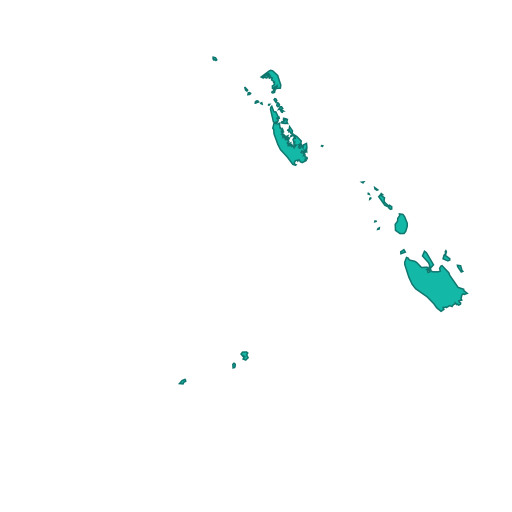 Sumenep, Jawa Timur, Indonesia, rotated 227°
{"feature_id": "22746128B46307112426649", "entity_name": "Sumenep", "entity_type": "district", "adm_level": 2, "iso_a3": "IDN", "parent_name": "Indonesia", "parent_adm1": "Jawa Timur", "projection": "albers", "projection_center": [115.069, -6.151], "detail": "fine", "context": "isolated", "style": "filled", "palette": "teal", "viewbox_px": 512, "rotation_deg": 227, "n_neighbors": 0, "source": "geoboundaries", "source_scale": "gbopen_adm2", "svg_char_len": 6174}
<svg xmlns="http://www.w3.org/2000/svg" viewBox="0 0 512 512"><g transform="rotate(227 256 256)"><path d="M84.6,385.0L88.7,384.4L90.1,385.2L95.2,382.4L109.7,384.5L112.3,385.6L122.1,385.5L122.5,384.2L121.7,381.8L119.3,380.6L120.1,378.5L124.0,374.4L125.9,373.8L128.6,375.7L129.3,375.1L129.2,373.9L125.9,372.2L126.6,370.6L129.0,371.7L128.1,372.6L129.0,373.2L129.5,372.6L129.3,373.7L131.2,373.5L134.7,369.2L141.7,369.1L143.9,368.5L148.3,365.5L150.9,365.8L152.3,365.1L150.0,360.5L148.3,359.0L136.2,353.3L128.8,350.9L123.1,350.4L109.5,353.3L100.0,353.5L94.8,352.8L89.3,353.6L88.8,357.0L90.7,357.7L89.0,360.2L88.4,360.2L87.6,363.8L85.3,364.9L85.8,367.2L85.2,369.0L85.8,369.7L83.6,369.7L83.6,370.3L81.8,370.7L81.3,372.7L82.1,373.7L84.0,373.2L84.9,373.8L83.4,376.4L85.1,377.0L87.1,380.0L87.0,381.8L85.9,382.0L84.6,385.0ZM307.3,346.4L297.9,345.4L295.4,346.8L295.4,347.5L296.6,346.9L298.2,347.7L298.8,350.0L297.6,351.8L296.9,351.4L297.0,353.1L294.5,352.7L292.7,353.6L291.6,357.8L292.8,358.5L292.7,357.3L293.2,358.0L292.2,359.8L293.3,360.5L295.0,359.5L296.5,360.7L297.1,359.3L298.0,361.2L300.9,359.6L301.5,361.3L299.1,362.1L300.0,363.3L300.2,366.9L303.9,369.7L304.9,366.5L303.0,364.1L306.1,365.1L304.6,362.3L305.2,361.3L306.3,362.2L306.6,361.6L307.2,363.1L308.2,363.0L307.9,364.4L306.8,364.1L309.2,367.5L315.4,367.4L318.3,366.6L317.4,365.3L316.1,365.6L314.6,364.6L316.6,364.9L315.9,362.5L314.0,361.6L312.9,362.2L312.5,361.6L313.2,361.1L311.4,359.7L310.5,359.8L310.2,360.9L309.6,361.2L309.9,359.8L308.8,359.0L309.9,359.2L309.2,357.6L311.6,358.2L311.8,357.0L313.8,358.8L313.3,358.2L314.0,357.1L313.3,356.3L314.7,354.9L315.3,358.1L316.5,355.6L317.4,356.0L317.4,358.1L318.6,358.2L319.4,360.6L320.0,360.5L319.1,359.4L320.3,359.8L320.1,358.7L321.0,359.2L320.7,357.1L321.8,357.3L322.3,357.7L321.7,359.9L322.2,361.2L323.0,358.8L322.5,357.6L323.8,358.2L324.1,356.5L325.0,356.8L324.9,357.8L325.8,357.8L324.7,359.1L326.5,359.0L327.6,358.0L327.7,359.0L328.7,359.5L328.9,358.6L329.2,359.8L329.9,359.7L330.5,361.4L333.3,360.9L337.1,363.6L337.7,361.8L339.9,360.6L340.6,359.4L338.0,355.4L336.3,355.2L333.1,352.5L322.5,348.0L316.9,346.4L307.3,346.4ZM179.6,375.5L174.2,376.6L171.5,379.6L171.9,382.3L174.5,386.8L176.7,388.9L183.4,391.5L186.3,391.8L189.0,389.6L187.6,388.7L186.9,385.4L184.9,383.2L184.2,379.4L179.6,375.5ZM383.4,381.8L381.5,382.5L382.5,383.3L381.6,386.2L381.1,383.8L378.8,385.3L380.0,389.0L381.0,387.3L381.6,387.7L381.7,388.8L380.7,389.6L379.0,388.5L378.6,389.4L377.5,388.7L375.2,389.3L374.2,387.5L370.8,388.2L370.7,387.2L369.9,387.4L368.8,386.2L369.2,383.9L367.4,382.4L366.6,383.3L366.9,384.9L365.9,385.9L366.4,387.7L365.7,387.5L366.0,386.7L364.8,385.0L362.1,388.3L364.1,390.7L373.3,395.0L379.9,394.5L381.8,393.4L382.3,391.9L383.4,381.8ZM128.5,379.8L142.2,382.9L144.6,382.5L142.5,377.8L133.4,377.6L130.9,376.7L129.8,375.4L128.2,376.5L128.5,379.8ZM342.2,360.2L340.1,360.9L340.6,363.1L339.9,362.2L339.2,362.9L340.1,364.8L342.6,365.2L342.4,367.1L347.9,368.8L349.0,367.6L350.0,367.7L354.8,369.7L354.6,368.1L353.3,366.6L342.2,360.2ZM215.7,386.2L205.3,384.8L202.8,385.8L203.1,386.6L201.4,386.9L201.0,385.9L198.5,386.1L197.8,387.3L199.5,388.9L202.2,388.2L201.9,387.1L207.6,386.7L209.5,387.7L210.9,389.7L215.9,388.6L215.7,386.2ZM189.5,176.3L186.9,177.5L187.0,180.9L190.0,181.7L190.7,183.8L192.3,183.6L194.9,180.6L194.5,178.2L191.8,178.0L191.6,178.8L190.5,178.0L190.1,178.8L189.5,176.3ZM126.4,390.9L121.6,393.0L120.9,395.0L121.9,395.9L127.2,394.9L129.3,398.2L130.4,398.5L130.2,397.5L128.4,396.2L128.4,394.2L126.4,390.9ZM326.5,365.1L325.9,364.4L326.1,365.1L325.3,365.5L324.5,364.9L324.5,365.8L321.7,365.2L321.1,366.1L322.6,368.0L327.7,368.8L326.1,366.7L326.5,365.1ZM110.7,396.2L104.3,395.2L103.7,396.8L105.0,396.8L109.3,399.0L111.9,397.0L110.7,396.2ZM336.6,367.5L336.3,365.3L334.5,366.4L333.0,367.7L333.3,368.4L333.3,368.6L333.0,368.0L331.3,369.5L333.0,370.0L334.5,372.1L335.8,370.6L335.5,368.9L336.4,369.0L335.5,368.0L336.1,366.4L336.6,367.5ZM215.3,117.1L214.9,113.0L212.2,115.4L212.9,117.2L212.3,119.1L213.2,119.8L214.2,120.0L215.3,117.1ZM159.8,368.5L160.4,364.7L158.8,363.5L157.0,367.9L159.8,368.5ZM348.5,375.8L347.8,372.5L347.2,373.6L343.8,372.8L343.1,373.3L343.8,374.2L343.2,375.0L346.1,374.2L345.7,376.2L347.7,376.5L348.5,375.8ZM189.8,162.9L189.0,164.3L189.6,165.6L191.0,167.0L192.6,166.8L192.6,165.2L189.8,162.9ZM428.9,358.9L428.3,358.8L428.3,359.0L428.8,358.9L430.0,359.7L428.5,359.1L426.3,360.0L426.2,361.1L428.6,361.6L430.7,360.3L429.7,359.2L428.9,358.9ZM351.9,373.8L350.2,373.8L350.0,375.2L350.7,376.4L352.6,376.7L353.5,376.1L351.9,373.8ZM358.0,375.8L354.9,375.4L355.4,377.2L357.4,377.7L358.3,377.1L358.0,375.8ZM384.5,361.5L382.8,361.8L383.0,363.0L387.3,363.0L384.5,361.5ZM369.2,360.9L368.4,359.6L368.2,359.7L366.9,363.0L368.2,363.1L369.0,362.3L369.2,360.9ZM379.5,360.1L378.4,361.7L378.6,363.0L379.9,362.8L380.6,361.6L379.5,360.1ZM223.9,388.7L221.6,389.3L221.3,390.2L225.1,389.5L223.9,388.7ZM364.7,379.1L363.8,379.4L363.0,381.2L363.9,382.2L365.3,380.1L364.7,379.1ZM337.0,369.1L336.0,369.5L336.2,371.3L337.9,370.1L337.0,369.1ZM298.9,363.9L297.6,364.1L299.8,366.0L300.0,364.8L298.9,363.9ZM319.8,366.0L320.1,363.6L319.7,362.8L318.9,365.3L319.8,366.0ZM192.5,365.4L192.9,364.0L192.5,363.1L191.7,364.4L192.5,365.4ZM237.9,383.7L236.5,384.1L236.7,385.4L237.9,383.7ZM364.6,381.9L364.1,382.7L365.8,383.1L365.8,382.4L364.6,381.9ZM215.3,389.9L215.6,389.2L214.6,390.4L216.3,390.2L216.1,389.6L215.3,389.9ZM365.9,384.8L364.8,384.0L364.5,385.0L365.9,384.8ZM220.3,379.5L220.6,378.6L219.9,377.8L219.7,379.1L220.3,379.5ZM364.6,363.6L364.2,363.5L362.9,364.1L364.2,364.8L364.6,363.6ZM199.1,368.0L200.5,366.9L200.0,366.2L199.1,368.0ZM291.8,378.9L290.9,379.2L291.0,380.0L291.9,379.5L291.8,378.9ZM329.2,360.6L329.4,361.5L330.6,361.9L329.8,360.6L329.2,360.6ZM225.3,380.9L224.9,380.3L223.8,380.9L224.7,381.2L225.3,380.9ZM333.7,361.5L332.0,361.1L331.9,361.3L333.7,361.5ZM341.7,366.2L341.0,366.2L340.8,366.9L341.8,367.4L341.7,366.2ZM357.5,369.5L358.2,368.6L357.8,368.1L357.3,368.5L357.5,369.5ZM376.7,387.6L378.0,387.4L377.0,387.0L376.7,387.6ZM299.5,364.1L298.9,362.9L298.3,362.8L298.5,363.4L299.5,364.1ZM328.3,360.5L327.3,360.9L328.3,360.8L328.3,360.5Z" fill="#14b8a6" stroke="#0f766e" stroke-width="1.5"/></g></svg>